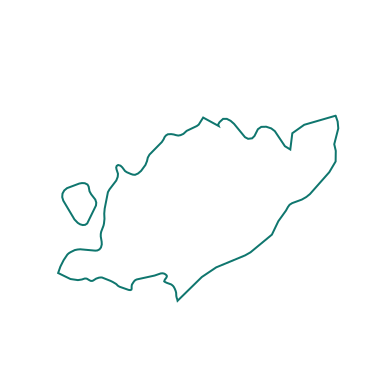 SVG path tracing the border of Vaucluse, rotated 296°
{"feature_id": "FRA-5352", "entity_name": "Vaucluse", "entity_type": "Metropolitan department", "adm_level": 1, "iso_a3": "FRA", "parent_name": "France", "parent_adm1": "", "projection": "natural_earth1", "projection_center": [5.058, 44.047], "detail": "fine", "context": "isolated", "style": "outline", "palette": "teal", "viewbox_px": 384, "rotation_deg": 296, "n_neighbors": 0, "source": "natural_earth", "source_scale": "10m", "svg_char_len": 2339}
<svg xmlns="http://www.w3.org/2000/svg" viewBox="0 0 384 384"><g transform="rotate(296 192 192)"><path d="M323.5,287.7L319.2,292.0L313.3,295.6L297.3,298.9L292.0,303.2L282.4,307.7L270.0,306.7L241.8,298.9L237.4,296.8L233.3,294.0L225.9,286.9L223.3,285.3L220.5,284.8L216.5,284.6L203.6,282.4L188.7,282.5L163.4,271.0L158.3,267.5L134.9,246.8L119.9,238.1L87.9,226.7L89.5,225.4L90.1,224.7L91.6,223.5L94.5,221.9L96.0,220.6L97.6,218.8L98.8,217.1L99.3,216.0L99.6,214.9L99.8,213.7L99.3,209.1L99.3,207.3L99.4,206.5L99.5,206.2L100.5,206.1L101.3,206.0L102.4,206.2L102.5,206.3L104.0,206.5L104.8,206.4L105.2,206.3L105.4,206.3L105.5,206.2L105.9,205.7L106.2,204.8L106.4,203.7L106.4,202.5L106.0,201.1L105.1,199.6L100.5,195.0L89.2,180.7L88.0,179.7L86.4,179.1L85.1,178.9L82.5,178.6L81.3,178.9L80.3,179.3L78.5,180.2L77.6,180.3L76.7,179.4L76.2,177.8L75.1,168.5L75.2,167.0L75.4,166.0L75.8,165.1L76.1,163.9L76.4,160.1L76.4,157.7L75.7,148.6L75.1,147.3L74.2,145.9L72.1,143.8L69.1,142.0L68.2,141.1L67.7,139.8L67.8,137.4L68.0,135.9L67.8,134.7L67.1,133.4L65.1,131.4L62.8,128.1L60.5,120.9L60.5,107.2L67.3,106.4L74.5,106.5L81.1,107.4L82.9,108.1L84.8,109.3L88.4,112.1L90.1,114.3L91.5,116.6L96.9,130.8L98.0,132.6L99.9,134.0L102.2,134.5L105.3,133.9L107.7,132.6L112.0,129.5L114.3,128.4L116.5,127.8L123.0,127.2L125.1,126.7L129.5,125.1L134.1,122.6L138.8,120.8L155.0,116.5L158.2,116.7L169.1,118.9L173.0,118.6L175.9,117.5L179.2,114.3L180.8,113.1L182.5,112.9L183.9,113.8L184.3,116.2L183.6,118.5L181.5,122.6L181.2,124.8L181.4,129.2L181.7,131.3L182.5,133.3L185.0,135.4L188.7,137.0L195.9,138.3L200.1,138.0L203.5,137.2L207.0,137.4L223.7,143.0L227.0,143.4L229.2,143.3L231.4,143.8L233.3,145.0L234.9,147.9L235.7,150.4L236.1,152.7L236.7,154.9L238.1,156.8L240.5,158.8L244.6,160.4L253.4,167.4L255.5,168.5L263.8,169.4L263.0,187.1L264.1,185.9L266.8,186.1L271.4,187.9L273.0,191.2L272.9,195.5L271.7,199.9L264.5,215.6L264.4,219.1L266.6,222.5L269.7,223.6L277.3,223.7L280.9,225.7L283.2,230.1L283.9,235.4L283.0,239.8L273.9,255.4L273.3,261.7L288.8,256.4L301.6,263.4L323.5,287.6L323.5,287.7ZM133.8,76.3L137.4,76.5L140.7,78.0L150.2,87.0L151.8,89.2L152.9,91.8L152.9,94.8L151.6,96.7L147.7,99.6L145.8,102.3L142.8,108.4L140.5,110.6L137.8,111.6L117.8,111.6L115.7,110.4L114.4,108.3L113.9,105.6L114.2,102.8L115.8,98.4L127.8,80.1L130.5,77.6L133.8,76.3Z" fill="none" stroke="#0f766e" stroke-width="2"/></g></svg>